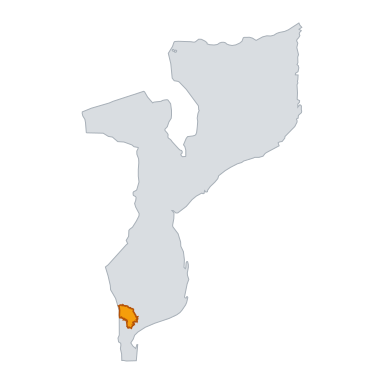 Magude, Maputo, Mozambique shown in context
{"feature_id": "85939544B12261721998883", "entity_name": "Magude", "entity_type": "district", "adm_level": 2, "iso_a3": "MOZ", "parent_name": "Mozambique", "parent_adm1": "Maputo", "projection": "albers", "projection_center": [32.464, -24.759], "detail": "fine", "context": "in_parent", "style": "filled", "palette": "amber", "viewbox_px": 384, "rotation_deg": 0, "n_neighbors": 0, "source": "geoboundaries", "source_scale": "gbopen_adm2", "svg_char_len": 7019}
<svg xmlns="http://www.w3.org/2000/svg" viewBox="0 0 384 384"><path d="M105.4,267.0L108.2,264.8L126.5,244.5L127.7,243.7L126.2,240.3L128.6,236.4L128.9,230.3L129.7,229.3L132.5,227.2L136.4,221.0L138.9,216.1L139.2,213.7L135.7,207.1L134.6,203.5L135.7,200.5L136.1,197.6L135.6,196.6L133.4,195.4L133.1,194.1L133.1,192.6L133.5,191.8L136.2,190.4L136.8,189.7L139.0,182.0L138.3,176.2L138.3,169.5L138.8,162.7L138.6,158.8L136.9,154.3L136.8,151.1L138.0,148.8L138.2,147.5L134.0,146.7L131.9,144.9L123.9,142.0L117.7,141.6L112.5,137.1L108.4,136.4L103.2,133.2L86.8,132.8L86.3,132.5L85.5,122.6L84.9,119.4L82.8,115.9L82.2,113.5L82.3,111.9L91.4,108.2L109.2,103.0L113.1,101.3L143.7,91.3L144.6,91.9L147.6,97.1L152.7,102.9L153.9,102.1L161.2,101.3L162.3,100.5L164.5,100.0L167.1,99.7L168.0,100.1L170.6,103.7L171.5,110.5L171.5,115.0L171.2,118.3L168.9,122.0L167.3,126.7L164.9,129.3L165.0,130.5L167.5,133.4L168.1,134.6L167.9,137.0L168.3,138.0L170.6,139.6L172.3,141.9L178.7,148.9L180.3,150.2L181.6,150.5L182.3,151.9L181.9,153.4L180.8,154.3L181.2,155.6L182.4,156.7L185.4,156.5L185.8,156.1L185.8,150.1L184.8,146.5L183.5,144.8L186.2,138.4L187.6,136.6L192.6,136.0L194.8,135.4L195.8,134.6L196.6,132.6L197.3,126.8L197.7,121.3L197.2,118.1L198.0,113.3L199.2,110.4L198.7,109.8L198.4,105.8L186.3,89.4L179.3,82.1L178.2,81.4L174.2,80.7L172.2,78.1L170.8,63.7L168.3,53.3L172.5,46.5L174.0,42.2L174.8,41.5L178.4,41.3L190.9,41.7L194.0,42.2L195.4,41.8L198.7,39.2L201.4,39.3L205.0,41.1L206.9,42.6L207.2,43.9L209.6,44.7L214.1,45.0L217.4,44.5L219.5,43.0L221.7,42.3L223.9,42.3L225.6,42.9L226.7,44.0L228.9,44.9L232.1,45.5L235.7,44.9L239.7,43.1L242.0,41.2L243.3,37.8L244.1,37.4L249.5,37.3L252.4,38.1L256.1,40.4L262.6,36.9L266.8,35.8L270.7,36.0L273.9,35.2L276.5,33.5L279.2,32.5L284.7,31.4L288.4,29.8L298.9,23.0L299.9,25.2L301.8,27.3L299.0,29.2L301.3,30.7L299.5,32.6L299.2,34.0L299.9,35.5L298.7,37.7L297.1,39.4L296.6,40.8L297.8,43.2L296.8,47.5L298.5,54.7L297.7,57.1L297.9,62.7L297.0,64.7L298.2,65.5L298.8,67.8L298.0,71.7L295.6,73.2L295.3,74.8L298.1,75.0L297.8,79.9L297.4,81.3L297.9,83.0L297.0,84.8L297.5,92.8L297.2,98.6L297.3,99.5L299.6,100.6L299.5,102.2L297.8,104.1L297.8,107.2L299.6,104.9L300.6,105.0L301.4,106.0L301.3,109.5L301.7,111.2L301.4,112.7L298.4,115.4L298.1,118.2L297.0,118.5L296.5,119.2L297.1,120.8L297.0,122.2L294.8,126.5L285.0,136.5L284.7,138.3L282.1,141.5L279.6,141.9L278.1,142.8L279.1,145.8L266.4,152.6L265.1,153.5L263.0,156.2L258.9,157.4L254.5,157.4L253.7,157.9L243.7,161.0L241.7,162.5L237.4,163.8L230.6,167.3L225.1,170.7L218.7,175.7L217.8,178.6L214.8,182.2L210.3,186.5L207.7,190.1L207.4,191.7L205.9,192.1L204.6,190.6L204.0,193.5L203.0,193.7L201.8,193.1L196.3,196.1L192.1,199.6L186.3,206.4L177.8,212.9L175.9,213.0L173.3,210.6L171.9,210.5L174.0,213.0L173.8,218.7L172.6,225.2L172.8,226.7L178.1,233.8L180.6,242.0L180.8,246.2L183.4,251.7L184.4,259.8L184.0,267.4L185.3,268.7L185.8,267.6L186.1,262.8L186.9,261.5L187.6,261.7L188.3,264.4L188.4,267.1L187.3,273.0L187.5,275.4L188.8,279.4L187.1,284.1L184.5,297.0L185.0,297.8L186.2,298.1L186.7,296.7L187.4,296.7L187.8,297.6L186.6,302.6L185.6,304.9L182.0,310.2L180.0,312.5L176.8,314.8L169.4,318.3L154.6,323.3L145.2,327.3L137.8,332.1L134.6,335.3L133.3,339.0L130.8,342.9L132.9,346.1L135.7,348.5L136.9,344.6L137.7,344.6L136.3,360.7L126.3,361.0L123.4,360.4L121.8,360.5L121.6,353.8L120.4,348.7L120.9,345.1L120.7,343.2L118.6,341.9L118.0,338.1L119.3,335.1L119.2,310.4L115.6,298.4L110.6,289.8L110.3,285.5L108.1,275.9L105.4,267.0ZM175.2,52.4L176.5,51.8L176.7,50.7L175.9,50.1L175.1,50.2L174.7,52.1L175.2,52.4ZM174.3,50.3L173.3,49.4L172.5,49.6L172.2,50.3L173.0,51.3L173.9,51.4L174.3,50.3Z" fill="#d9dde1" stroke="#a8b0b8" stroke-width="1"/><path d="M137.8,316.7L136.8,316.8L136.5,316.7L136.2,317.0L136.1,316.9L136.2,316.7L136.2,316.4L136.0,316.2L135.7,316.1L135.6,315.9L135.6,315.7L135.6,315.3L135.7,315.2L135.5,314.9L135.4,314.8L135.2,314.7L135.0,314.4L135.0,314.2L134.9,314.1L134.8,313.8L134.7,313.8L134.7,313.7L134.4,313.4L134.3,313.2L134.3,312.9L134.2,312.8L134.2,312.7L133.9,312.4L133.8,312.2L133.7,312.0L133.4,311.8L133.4,311.6L133.2,311.5L133.2,311.2L133.3,311.1L133.3,310.9L133.4,310.6L133.4,310.4L133.4,310.2L133.4,309.8L133.4,309.7L133.4,309.3L133.3,309.2L133.2,309.1L132.9,309.0L132.8,308.9L132.7,308.9L132.4,308.8L132.1,308.6L131.8,308.6L131.6,308.6L131.4,308.7L131.2,308.7L130.9,308.4L130.8,308.2L130.7,308.0L130.5,307.8L130.4,307.8L130.2,307.7L130.0,307.9L129.8,308.0L129.7,307.9L129.6,307.7L129.2,307.6L128.9,307.6L128.7,307.6L128.5,307.4L128.4,307.3L128.3,307.1L128.2,307.1L128.1,306.9L127.9,306.5L127.7,306.6L127.6,306.4L127.4,306.2L127.2,306.0L126.9,306.0L126.6,306.0L126.5,305.9L126.3,305.9L126.1,305.8L125.9,305.8L125.7,305.9L125.6,306.0L125.5,305.9L125.4,306.0L125.3,305.9L125.1,305.9L124.9,306.0L124.7,305.9L124.5,305.7L124.2,305.6L123.9,305.6L123.6,305.6L123.4,305.5L123.3,305.4L123.2,305.4L123.2,305.2L123.0,305.3L122.9,305.2L122.9,305.3L122.7,305.2L122.6,305.3L122.5,305.1L122.4,305.2L122.2,305.3L122.2,305.2L121.7,305.2L121.4,305.0L120.9,304.9L120.8,305.0L120.7,305.0L120.4,305.1L120.2,305.2L120.0,305.3L119.9,305.3L119.7,305.5L119.6,305.4L119.5,305.5L119.4,305.6L119.1,305.7L119.0,305.8L118.5,305.9L119.2,307.1L119.6,310.3L119.4,315.2L119.6,317.3L119.8,317.4L119.7,317.6L119.8,317.8L120.1,317.9L120.6,317.6L120.9,317.6L121.1,317.5L121.3,317.7L121.6,317.6L121.6,317.2L121.8,317.3L121.9,317.5L121.9,317.9L122.1,318.2L122.3,318.3L122.7,318.3L122.8,318.2L123.0,318.2L123.0,318.3L122.9,318.4L122.9,318.6L123.0,318.7L123.4,318.7L123.5,318.7L123.7,318.8L123.8,319.0L124.1,319.1L124.3,319.2L124.2,319.3L124.5,319.4L124.5,319.5L124.1,319.8L124.4,319.8L124.6,319.9L124.8,319.9L124.9,320.0L125.0,320.0L125.0,319.9L125.1,319.7L125.1,319.3L125.1,319.2L125.2,319.3L125.3,319.4L125.4,319.6L125.5,319.7L125.8,319.7L126.0,319.6L126.2,319.8L126.0,320.0L126.0,320.3L126.0,320.5L126.5,320.5L126.3,320.7L126.3,320.8L126.5,320.9L126.8,320.8L127.0,321.1L127.1,321.3L127.3,321.5L127.3,321.8L127.1,321.9L127.0,322.0L126.7,322.3L127.1,325.6L126.9,326.2L127.0,326.3L127.1,326.5L127.4,326.7L127.5,326.9L127.5,327.0L127.6,327.3L127.7,327.5L127.8,327.8L128.0,327.9L128.4,327.8L128.8,328.0L129.0,327.9L129.2,327.6L129.1,327.2L129.3,327.2L131.4,328.3L131.8,326.9L132.7,325.6L132.6,325.3L132.8,325.4L133.2,325.4L133.3,325.4L133.5,325.1L133.5,324.9L133.6,324.7L134.1,324.6L133.8,324.2L134.2,324.2L134.3,324.0L134.2,323.9L134.0,323.7L133.9,323.7L133.8,323.3L133.7,323.2L133.4,322.8L133.2,322.6L132.9,322.6L132.9,322.3L133.0,322.2L133.3,322.0L133.6,322.0L133.8,322.1L134.0,322.2L134.5,321.4L134.8,321.3L135.1,321.5L135.4,321.7L135.5,321.8L135.7,321.7L135.9,321.7L135.8,321.4L136.0,321.4L136.3,321.4L136.5,321.4L136.7,321.5L136.8,321.6L136.8,321.4L137.0,321.3L137.1,321.5L137.2,321.3L137.1,321.2L136.8,321.1L136.8,320.9L136.8,320.6L137.0,320.4L137.0,320.2L137.3,320.1L137.5,319.9L137.5,320.0L137.5,319.8L137.5,319.7L137.4,319.6L137.2,319.6L137.0,319.4L136.9,319.3L136.9,319.2L137.0,319.1L136.9,319.1L137.0,319.0L136.8,319.0L136.8,318.9L136.9,318.7L137.0,318.3L137.3,318.0L137.8,316.7Z" fill="#f59e0b" stroke="#b45309" stroke-width="1.5"/></svg>